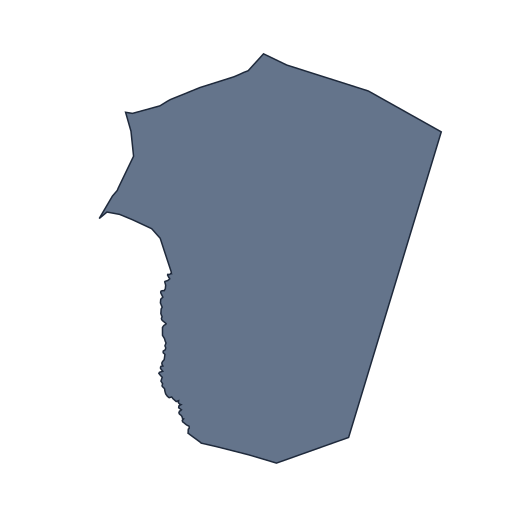 outline of San Juan Teita, Oaxaca, Mexico, rotated 10°
{"feature_id": "50627088B56157188370772", "entity_name": "San Juan Teita", "entity_type": "district", "adm_level": 2, "iso_a3": "MEX", "parent_name": "Mexico", "parent_adm1": "Oaxaca", "projection": "orthographic", "projection_center": [-97.453, 17.075], "detail": "fine", "context": "isolated", "style": "filled", "palette": "slate", "viewbox_px": 512, "rotation_deg": 10, "n_neighbors": 0, "source": "geoboundaries", "source_scale": "gbopen_adm2", "svg_char_len": 1959}
<svg xmlns="http://www.w3.org/2000/svg" viewBox="0 0 512 512"><g transform="rotate(10 256 256)"><path d="M312.1,456.4L378.7,418.6L416.9,101.6L338.0,74.0L253.1,62.6L228.3,55.6L216.1,74.9L215.3,75.4L212.1,77.3L209.4,79.2L208.1,80.1L203.2,83.3L171.6,99.8L151.7,112.3L150.6,113.0L149.6,113.6L146.1,115.8L144.4,116.9L141.8,119.0L135.3,124.8L109.6,137.0L102.6,137.1L111.2,154.8L118.1,179.0L108.5,213.1L108.0,215.5L104.2,221.9L95.1,246.3L101.6,238.6L114.4,238.7L127.9,241.7L147.7,247.0L148.6,247.3L156.2,253.3L158.6,255.2L160.3,258.4L164.6,266.5L175.3,286.4L175.7,287.8L175.3,287.6L174.9,288.3L174.2,289.2L172.3,289.4L172.2,290.1L173.8,292.2L174.8,293.0L175.0,293.5L174.2,294.5L173.3,295.5L170.8,296.8L170.6,297.3L172.1,300.4L172.4,304.0L171.6,306.1L170.5,306.2L168.7,306.9L168.4,308.0L168.7,309.0L171.4,312.7L169.7,315.1L170.0,318.8L172.5,322.7L171.8,324.7L172.3,329.3L174.1,332.2L173.7,334.0L174.1,334.9L174.8,335.7L179.2,338.2L179.0,339.0L177.6,340.1L177.0,341.0L176.3,342.6L177.7,350.4L180.2,353.2L181.3,355.5L182.5,357.3L181.9,360.3L182.8,361.6L183.1,362.4L182.9,364.1L181.4,365.5L181.1,365.8L181.4,367.4L183.4,368.7L183.6,374.0L182.4,376.0L181.9,377.3L182.0,378.6L183.4,380.5L181.6,381.1L181.3,382.0L181.4,383.1L182.0,383.8L184.2,385.7L181.1,387.3L180.7,388.5L182.9,390.4L184.7,391.7L184.1,395.7L186.2,398.0L186.0,400.2L186.6,400.9L188.8,402.4L189.2,403.0L189.3,403.7L189.8,405.0L191.0,407.5L192.9,409.4L194.7,410.5L195.2,410.6L196.0,410.2L197.4,409.5L197.9,409.8L198.8,410.8L202.7,413.2L204.9,411.9L204.9,413.8L206.5,415.1L208.0,415.4L206.1,417.0L206.2,418.9L209.3,420.4L208.5,421.5L207.6,422.0L207.3,423.8L208.0,424.9L210.0,426.0L211.0,427.0L211.9,428.9L213.0,429.0L212.7,429.6L211.9,430.6L212.5,432.0L216.7,434.3L218.0,434.8L219.3,435.0L219.9,435.8L220.1,437.5L219.4,438.2L219.5,439.6L219.7,440.7L219.8,441.6L219.8,442.3L224.8,444.8L233.3,449.0L234.5,449.8L250.1,450.6L283.6,453.1L312.1,456.4Z" fill="#64748b" stroke="#1e293b" stroke-width="1.5"/></g></svg>